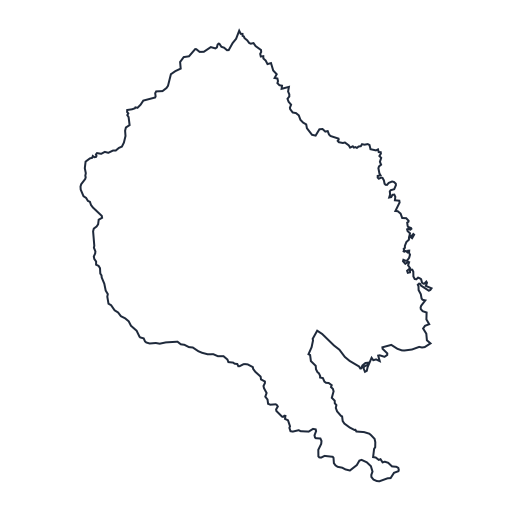 Aguazul, Casanare, Colombia
{"feature_id": "7082276B87495791799941", "entity_name": "Aguazul", "entity_type": "district", "adm_level": 2, "iso_a3": "COL", "parent_name": "Colombia", "parent_adm1": "Casanare", "projection": "mercator", "projection_center": [-72.5, 5.106], "detail": "fine", "context": "isolated", "style": "outline", "palette": "slate", "viewbox_px": 512, "rotation_deg": 0, "n_neighbors": 0, "source": "geoboundaries", "source_scale": "gbopen_adm2", "svg_char_len": 6027}
<svg xmlns="http://www.w3.org/2000/svg" viewBox="0 0 512 512"><path d="M127.3,115.1L128.6,117.1L129.6,125.1L125.9,127.5L125.1,130.7L125.5,136.0L123.9,142.6L121.9,146.6L118.9,147.9L115.8,150.5L113.1,150.5L108.3,152.8L104.8,151.9L101.2,153.8L97.0,153.1L95.9,154.5L96.5,155.9L96.0,156.9L94.4,157.2L92.8,156.0L92.2,157.8L89.9,158.4L85.6,161.6L84.8,168.2L85.8,173.2L85.3,175.8L85.7,177.2L85.2,179.0L81.2,184.2L80.5,186.6L80.7,189.6L83.5,196.2L86.1,197.9L87.9,200.9L89.9,201.8L91.0,205.0L92.9,207.5L101.8,215.9L102.1,217.8L98.7,219.7L98.1,224.3L96.6,226.5L93.8,228.6L93.1,231.3L94.3,245.8L93.9,247.7L95.4,251.4L95.2,253.4L93.8,256.5L94.3,259.0L96.1,261.5L96.1,264.7L98.6,265.9L100.0,268.2L100.3,273.6L101.5,275.4L101.7,277.5L104.3,283.7L105.7,290.6L107.8,294.1L107.3,296.7L108.5,303.7L111.1,305.2L114.6,310.3L118.1,312.5L120.9,316.2L125.1,318.3L128.7,321.3L131.0,325.8L136.6,330.7L139.5,336.7L140.2,337.4L143.7,338.4L145.0,341.4L146.3,342.5L149.7,343.5L155.8,343.0L159.7,343.7L165.8,342.4L177.5,341.7L180.8,344.3L184.4,344.8L188.9,347.1L192.8,347.5L198.3,351.2L202.1,352.8L207.8,354.3L213.3,354.2L217.9,356.2L223.5,356.2L227.4,359.5L228.4,362.1L233.1,362.6L234.6,363.7L237.3,364.0L238.3,366.2L239.6,366.2L243.5,364.2L245.1,364.1L247.7,364.4L252.8,367.1L253.2,369.0L255.3,371.8L260.6,376.6L261.0,379.4L264.9,381.5L264.9,383.1L263.5,386.0L264.0,388.2L266.6,393.0L265.3,396.7L267.5,399.5L268.1,403.8L270.3,404.7L275.7,404.3L276.8,405.0L277.8,406.5L276.1,409.4L276.4,411.0L282.0,416.6L283.0,416.9L284.4,415.7L285.4,415.9L285.0,418.9L288.0,420.3L290.0,426.3L289.4,427.9L290.5,431.2L292.8,431.6L298.7,430.2L300.6,431.2L308.7,431.6L313.0,428.9L315.7,429.4L316.1,431.1L314.5,435.3L315.0,437.5L315.8,438.2L320.4,438.5L321.5,441.0L321.2,443.9L318.3,449.8L318.4,456.4L319.3,457.4L321.1,457.6L324.6,455.9L332.7,456.8L333.5,457.8L333.9,463.2L335.5,465.4L337.6,466.8L342.2,467.7L345.4,469.4L349.9,470.5L356.8,465.1L359.4,460.6L361.6,459.9L366.8,462.3L370.9,466.2L372.5,471.6L371.3,474.9L371.4,477.0L373.5,479.6L376.7,481.0L379.3,481.3L387.6,478.3L390.6,478.1L394.0,472.8L398.4,471.2L398.8,469.9L398.3,467.9L396.4,466.8L392.0,466.4L388.2,462.8L384.8,461.7L382.6,462.4L380.5,459.2L378.8,459.9L375.7,457.5L373.1,457.1L374.1,448.9L375.2,447.2L375.3,442.2L374.6,438.9L371.0,435.1L369.3,433.7L364.1,432.1L356.4,431.5L355.4,429.8L354.5,430.0L349.7,427.5L344.4,423.6L342.7,421.1L342.1,416.4L341.0,415.9L337.1,411.4L335.8,407.9L336.4,405.1L334.8,403.3L334.7,400.7L331.8,397.8L333.6,391.3L332.9,388.9L331.0,387.1L331.7,385.2L328.7,383.0L326.0,382.8L324.4,381.6L322.9,378.1L320.1,377.5L320.1,375.8L318.9,373.3L317.5,372.2L316.0,369.3L315.7,365.8L310.9,361.1L310.1,355.0L308.5,354.2L311.6,347.2L313.0,340.5L312.7,338.8L317.2,330.7L322.2,334.0L334.0,345.5L339.4,349.7L344.8,356.9L349.6,360.9L359.1,366.5L360.3,368.5L361.2,368.4L362.4,365.5L365.4,363.0L367.9,362.7L367.9,364.7L364.4,366.4L363.4,367.9L365.0,371.8L366.8,370.8L367.6,367.2L371.6,357.8L373.3,360.2L376.1,359.4L379.7,361.1L378.2,355.6L379.7,355.3L384.5,356.8L387.2,355.0L387.3,353.4L382.6,348.8L382.4,347.3L391.3,344.9L397.4,348.8L401.9,350.4L404.4,350.5L412.0,349.5L419.2,346.9L422.0,347.5L424.7,347.1L430.5,343.4L426.9,340.3L426.3,333.7L423.1,328.5L425.0,325.8L429.2,324.2L426.4,319.4L426.6,312.5L422.7,311.2L420.8,309.1L420.6,307.5L421.2,305.7L425.3,300.4L422.6,299.8L421.6,298.6L420.8,294.2L418.6,290.1L418.5,286.3L417.8,284.8L419.1,283.6L420.0,283.8L421.0,285.6L428.8,290.7L430.3,290.0L431.5,288.3L425.8,285.9L427.0,282.8L426.3,281.6L424.3,283.7L423.4,283.7L422.0,282.6L421.1,279.2L420.3,278.6L418.1,277.6L416.3,279.3L414.7,279.0L413.4,276.5L413.3,271.7L412.3,269.7L410.0,269.9L410.0,272.3L407.8,272.8L407.1,270.8L410.1,268.2L408.1,265.3L409.1,262.2L408.2,261.9L405.3,263.8L403.0,261.2L403.4,259.8L405.7,260.8L407.2,260.5L409.1,257.9L410.0,254.7L409.0,252.8L409.2,250.6L408.0,250.7L407.3,252.2L405.9,250.9L404.3,251.7L403.6,251.3L404.1,250.1L403.7,248.9L404.9,247.8L404.9,245.8L406.4,242.0L408.9,239.7L409.0,237.4L410.4,237.0L412.1,238.2L414.1,234.7L413.3,234.0L412.2,235.4L410.2,236.2L409.4,235.9L410.0,233.3L407.6,231.1L407.1,229.3L408.2,228.9L410.3,229.7L411.4,228.8L411.1,228.1L408.0,226.8L407.6,225.8L407.2,222.6L408.5,221.7L408.6,220.8L406.2,218.2L402.2,218.0L400.6,213.6L397.7,211.2L395.4,211.0L399.6,202.5L399.3,200.7L394.9,200.3L395.3,196.8L394.3,194.6L392.5,194.8L391.2,197.1L389.2,197.5L390.1,194.5L389.8,191.4L390.7,190.2L394.2,189.2L395.9,185.2L395.8,183.7L394.0,182.0L392.1,181.5L388.7,182.9L387.0,184.9L385.6,184.8L384.6,183.8L383.9,180.4L382.5,177.9L381.2,177.6L378.8,178.7L377.7,177.6L377.7,175.9L380.5,175.3L379.4,173.4L378.4,168.2L379.0,166.4L381.1,164.7L379.9,161.8L381.2,157.9L379.4,156.0L380.9,153.5L380.7,152.2L378.7,152.1L378.0,149.4L376.0,150.4L370.5,149.2L369.5,145.0L367.7,144.1L364.5,144.7L362.0,144.2L360.8,146.2L358.6,146.5L356.9,147.9L355.4,147.1L353.9,147.6L352.8,146.3L350.1,147.6L348.8,145.4L344.9,142.5L342.9,143.0L338.8,142.2L337.7,140.9L338.7,139.7L338.5,138.6L330.5,136.0L329.0,134.5L327.7,131.1L325.3,131.6L322.5,129.0L319.4,129.3L315.6,135.6L312.0,134.8L306.9,128.2L306.2,124.4L303.1,122.6L300.4,119.8L298.8,115.4L296.0,113.1L292.7,112.5L290.2,109.2L289.9,107.7L291.1,104.7L288.6,101.8L287.5,98.8L289.3,96.5L289.3,94.4L288.1,91.5L288.9,86.9L281.6,88.8L282.0,85.7L279.4,85.2L277.4,83.1L278.0,81.1L277.4,78.5L274.6,78.0L276.7,74.2L273.2,70.5L271.0,63.1L267.5,64.1L265.7,60.6L263.4,58.5L263.3,56.2L260.8,56.5L260.2,53.9L261.2,51.9L261.0,50.0L255.6,46.1L253.5,43.1L250.8,43.7L249.2,43.0L247.2,40.3L244.5,38.1L243.9,36.5L242.6,35.9L242.5,33.9L240.7,33.8L239.2,30.7L236.1,38.8L232.6,43.1L228.7,50.1L227.0,50.2L224.1,47.7L221.4,46.8L219.4,43.8L218.6,43.6L217.6,44.6L216.9,47.4L215.4,48.4L210.8,47.1L203.8,51.8L199.6,51.9L196.3,49.2L195.2,49.1L189.0,56.3L183.7,57.1L180.1,62.0L180.7,68.6L175.4,71.1L170.9,74.2L168.0,85.8L166.5,88.0L162.5,91.1L156.2,91.4L155.2,93.2L155.6,96.4L155.1,97.5L143.3,100.6L140.6,104.7L137.5,107.8L135.4,107.4L134.9,108.3L132.0,109.3L127.2,110.0L127.1,112.0L128.3,113.4L127.3,115.1Z" fill="none" stroke="#1e293b" stroke-width="2"/></svg>